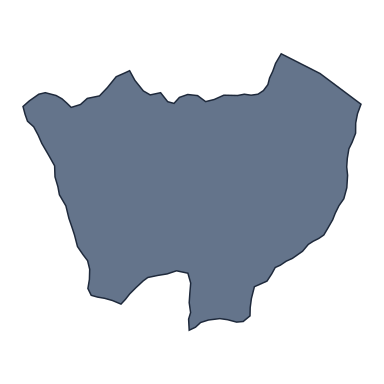 Santa Cruz da Conceição, São Paulo, Brazil (Natural Earth projection)
{"feature_id": "56859067B94691045798687", "entity_name": "Santa Cruz da Conceição", "entity_type": "district", "adm_level": 2, "iso_a3": "BRA", "parent_name": "Brazil", "parent_adm1": "São Paulo", "projection": "natural_earth1", "projection_center": [-47.493, -22.126], "detail": "fine", "context": "isolated", "style": "filled", "palette": "slate", "viewbox_px": 384, "rotation_deg": 0, "n_neighbors": 0, "source": "geoboundaries", "source_scale": "gbopen_adm2", "svg_char_len": 1470}
<svg xmlns="http://www.w3.org/2000/svg" viewBox="0 0 384 384"><path d="M77.5,246.6L82.9,254.5L87.6,260.7L89.7,269.3L89.4,279.5L87.9,288.5L91.2,295.3L97.6,297.1L104.6,298.3L112.4,300.5L121.0,304.1L125.4,299.4L129.7,293.9L136.2,287.4L143.3,280.8L147.8,277.5L157.9,275.4L167.2,273.9L176.5,270.8L187.9,273.2L190.7,283.1L189.8,293.9L189.2,302.7L190.6,312.6L188.6,319.1L189.2,330.2L195.5,327.2L200.6,322.5L208.5,320.0L219.8,318.6L227.6,319.7L236.6,322.1L243.2,321.5L250.0,315.9L250.2,307.6L251.4,298.5L254.4,286.7L267.0,281.1L271.7,273.9L275.2,267.5L280.3,265.2L286.2,261.2L292.5,258.3L302.6,251.2L308.3,244.4L313.1,241.3L318.7,238.5L323.8,235.0L328.0,227.9L332.7,219.7L335.2,213.3L339.0,205.6L343.8,198.8L346.8,187.8L347.6,175.3L346.7,166.9L347.3,158.4L348.9,148.8L352.1,142.3L355.6,133.2L355.7,123.0L357.5,113.7L361.0,104.2L320.0,73.5L281.2,53.8L275.6,63.3L272.7,71.4L269.6,77.9L267.9,84.6L263.4,90.6L258.0,94.2L251.1,95.2L244.3,94.2L237.7,95.5L223.8,95.2L214.2,99.5L205.6,101.6L197.6,95.6L187.7,94.5L179.4,97.4L174.0,103.4L167.7,101.7L160.6,92.7L150.2,94.9L143.3,90.9L134.9,80.4L129.6,70.7L124.2,73.2L116.2,76.7L107.3,87.7L99.5,95.9L92.7,97.3L87.3,98.4L80.5,104.5L71.2,107.4L66.8,103.1L62.0,98.8L56.1,95.5L45.3,92.7L38.8,94.2L29.3,100.9L23.0,106.5L25.1,114.4L27.5,121.2L33.7,126.8L38.1,135.0L41.8,143.4L48.9,155.6L54.6,165.8L55.0,176.9L57.9,186.7L59.4,194.8L65.9,205.9L68.9,218.3L72.1,227.6L74.5,235.0L77.5,246.6Z" fill="#64748b" stroke="#1e293b" stroke-width="1.5"/></svg>